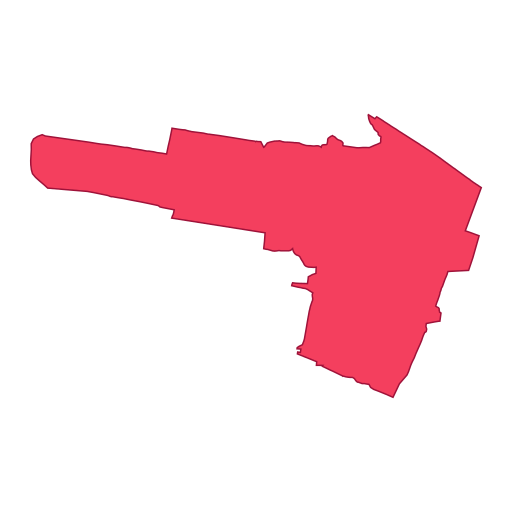 outline of Ghindeni, Dolj, Romania
{"feature_id": "2599482B6715750772475", "entity_name": "Ghindeni", "entity_type": "district", "adm_level": 2, "iso_a3": "ROU", "parent_name": "Romania", "parent_adm1": "Dolj", "projection": "natural_earth1", "projection_center": [23.924, 44.199], "detail": "fine", "context": "isolated", "style": "filled", "palette": "rose", "viewbox_px": 512, "rotation_deg": 0, "n_neighbors": 0, "source": "geoboundaries", "source_scale": "gbopen_adm2", "svg_char_len": 6100}
<svg xmlns="http://www.w3.org/2000/svg" viewBox="0 0 512 512"><path d="M385.9,394.2L393.0,397.3L396.0,391.0L399.4,383.8L407.0,375.0L407.5,373.9L408.5,371.7L410.7,365.4L411.4,363.7L412.3,361.7L414.3,357.7L415.8,353.8L418.3,348.1L420.1,344.1L421.6,340.5L422.8,336.9L423.6,334.9L424.8,332.3L425.6,332.1L426.2,331.5L426.4,330.6L426.7,329.1L425.9,326.3L426.3,323.5L434.7,321.9L439.0,321.2L439.9,321.2L441.0,313.0L439.6,312.2L439.6,311.6L439.2,310.4L439.2,308.9L438.5,307.7L437.2,307.1L436.1,306.4L435.7,306.1L436.6,303.1L437.7,300.3L439.3,295.7L439.9,293.5L440.0,292.4L440.8,290.6L441.4,288.2L442.4,286.5L444.6,280.3L445.3,278.5L446.0,277.0L447.1,274.3L447.3,273.4L447.9,271.5L452.9,271.2L468.6,270.4L472.9,257.6L479.1,235.8L470.8,232.7L465.3,230.8L481.3,187.6L478.4,185.7L478.2,185.5L477.3,184.9L476.4,184.4L475.6,183.8L474.7,183.2L473.7,182.6L472.9,182.0L472.1,181.4L471.2,180.8L470.4,180.2L469.7,179.5L468.0,178.4L467.1,177.8L466.3,177.2L464.6,176.0L462.9,174.7L462.0,174.1L461.1,173.4L460.2,172.8L459.3,172.1L458.4,171.5L457.5,170.8L456.5,170.1L455.6,169.4L454.7,168.7L453.7,168.1L452.7,167.4L451.8,166.7L449.9,165.3L449.0,164.7L448.1,164.0L447.2,163.3L446.1,162.6L445.1,161.8L444.1,161.1L443.1,160.3L442.1,159.6L441.2,158.9L436.1,155.3L435.1,154.6L434.1,153.9L433.1,153.2L431.0,151.8L430.0,151.2L429.0,150.5L425.9,148.5L424.9,147.8L422.8,146.4L421.7,145.8L420.6,145.1L419.6,144.3L418.5,143.6L415.3,141.6L414.2,140.9L412.0,139.5L410.9,138.8L409.8,138.1L408.9,137.5L407.0,136.3L406.1,135.7L404.2,134.5L403.2,133.9L402.2,133.2L400.1,131.9L399.1,131.3L398.1,130.6L397.1,129.9L396.5,129.5L396.1,129.2L395.1,128.6L394.1,128.0L393.1,127.4L392.5,127.0L392.0,126.7L390.9,126.0L389.9,125.3L388.9,124.6L387.9,124.0L386.9,123.3L385.7,122.6L385.1,122.2L383.8,121.4L383.4,121.0L379.8,118.7L376.7,116.8L374.9,118.7L368.4,114.7L368.2,115.1L368.5,116.7L368.6,117.7L368.7,118.6L369.6,121.3L370.4,123.0L370.9,123.8L371.4,124.3L372.1,124.7L372.8,125.9L373.8,128.0L374.3,129.1L374.5,129.4L375.1,130.0L377.5,132.0L378.0,132.4L378.2,132.8L378.1,133.5L378.1,134.0L378.3,134.6L379.0,135.3L379.3,135.7L379.5,135.9L380.2,136.2L380.7,136.4L380.9,136.7L381.0,137.1L380.9,137.6L380.8,138.3L380.7,139.1L380.7,141.1L380.7,141.8L380.4,142.8L376.9,144.4L374.5,145.3L369.3,147.6L366.3,147.5L362.7,147.5L360.1,147.7L358.4,147.8L356.5,147.7L350.9,146.9L343.1,145.8L342.8,145.2L343.0,143.6L343.0,143.0L342.0,141.7L341.5,141.2L340.2,140.5L338.2,139.8L337.4,139.3L336.5,138.6L335.9,138.0L335.4,137.4L334.4,136.7L333.5,136.3L332.8,135.9L332.5,135.6L331.7,136.0L330.7,136.4L328.4,138.1L327.9,138.8L327.7,139.4L327.6,141.2L327.3,142.9L327.0,144.1L326.9,144.2L326.6,144.5L326.3,144.6L325.2,144.7L323.9,144.7L322.7,144.9L322.0,145.3L321.7,145.8L321.5,146.2L321.3,146.7L321.2,147.2L320.5,146.7L319.5,146.3L318.7,146.0L318.1,145.8L316.4,145.8L315.4,145.9L314.5,146.0L313.3,146.0L311.9,145.9L310.5,145.7L309.7,145.7L308.9,145.7L308.0,145.6L307.2,145.6L306.3,145.5L305.4,145.3L302.4,144.4L300.0,143.4L299.3,143.0L298.4,142.9L295.9,142.7L294.3,142.7L293.3,142.5L289.0,142.2L284.7,142.1L282.2,141.6L281.4,141.3L279.7,140.8L277.5,141.0L274.5,141.1L269.9,142.1L267.3,143.0L264.3,146.9L263.7,147.3L260.8,141.7L259.8,141.6L258.5,141.6L257.4,141.5L257.0,141.4L256.7,141.3L256.4,141.3L255.6,141.7L255.2,141.3L254.3,141.1L252.1,140.8L248.9,140.4L246.1,139.9L235.2,138.1L218.9,135.5L212.1,134.6L210.6,134.4L209.4,134.2L208.6,134.2L207.9,134.1L207.3,134.0L205.1,133.5L203.4,133.1L191.4,131.6L190.8,131.4L189.3,131.1L186.9,130.5L185.0,129.9L183.0,129.8L181.3,129.6L178.9,129.3L172.0,128.2L171.8,129.5L170.5,135.9L169.7,139.9L168.3,145.8L166.6,154.0L162.0,153.2L157.0,152.6L154.6,152.0L153.1,151.7L150.9,151.4L149.0,151.1L147.4,151.1L145.9,150.9L142.9,150.3L141.5,150.0L135.8,149.1L131.9,148.6L131.0,148.2L128.2,147.6L126.7,147.4L125.5,147.4L124.6,147.4L115.3,145.9L107.1,144.7L101.1,144.1L97.0,143.5L89.1,142.2L78.6,140.7L45.3,136.0L42.2,134.7L37.4,136.5L33.5,139.0L31.2,143.7L31.3,149.7L31.0,155.0L30.7,160.6L30.8,164.8L31.4,169.8L32.5,173.7L35.5,177.3L39.6,181.0L44.1,184.8L47.7,188.1L87.2,191.4L93.3,192.5L107.5,195.4L109.3,196.0L110.1,196.4L111.5,196.7L112.4,196.7L113.2,196.7L113.7,196.9L117.7,197.6L120.1,198.0L123.4,198.5L130.2,199.9L140.3,201.8L146.7,203.1L158.0,205.5L159.0,206.1L159.8,206.9L162.3,207.5L174.2,209.8L173.8,212.0L173.2,214.5L172.4,216.0L171.7,218.1L265.1,232.8L264.5,241.3L263.7,248.7L266.3,249.3L267.6,249.4L269.6,250.0L272.6,250.9L274.7,251.1L276.7,250.9L278.5,250.6L279.5,250.6L281.0,250.8L282.8,250.8L286.0,250.8L288.7,250.8L290.1,250.5L290.8,250.3L291.2,249.8L292.6,248.6L292.7,249.3L293.2,250.9L293.5,251.5L293.9,252.3L294.7,253.5L295.1,253.9L295.8,254.5L296.8,255.1L297.5,255.3L298.1,255.5L298.7,255.8L299.4,256.3L299.8,256.7L300.1,257.3L300.6,258.2L300.9,258.8L301.8,260.3L302.5,261.3L303.0,262.2L303.5,263.0L303.8,263.7L304.2,264.5L304.9,265.4L305.9,266.2L307.1,266.7L308.6,267.1L310.7,267.2L312.4,267.3L313.9,267.4L316.2,267.2L315.9,273.4L312.3,274.6L310.4,275.7L309.0,276.4L308.3,276.8L308.1,279.0L307.5,283.6L304.4,283.5L299.7,283.4L295.9,283.2L292.6,282.8L292.4,283.5L292.0,284.2L291.9,284.6L291.8,285.2L291.7,285.7L298.1,287.2L300.6,287.6L302.9,288.2L305.3,288.5L307.6,289.5L309.9,291.0L312.8,292.8L312.2,294.7L312.4,296.7L312.7,298.4L312.6,299.9L312.4,300.9L312.0,301.6L310.5,306.1L310.1,307.6L309.8,309.1L309.3,311.0L309.0,312.6L308.5,315.5L308.1,317.6L307.0,323.9L306.5,327.0L304.4,339.0L303.8,341.1L302.4,344.7L301.4,345.2L299.1,346.3L297.2,347.6L297.0,348.8L300.9,349.1L300.4,352.4L297.7,352.0L297.4,353.9L316.7,361.7L316.7,361.9L316.4,365.3L322.8,365.4L322.2,366.1L322.4,366.3L326.2,368.1L330.7,370.3L332.6,371.1L336.7,373.1L342.1,375.7L342.7,376.0L342.8,376.2L343.0,376.1L344.0,376.3L345.7,376.8L346.9,377.0L348.2,377.2L349.2,377.3L350.4,377.4L351.1,377.4L352.3,377.4L352.9,377.6L354.0,378.3L354.4,378.6L354.7,379.0L355.3,379.9L355.8,380.6L356.5,381.4L357.0,381.8L357.7,382.2L358.4,382.2L359.4,382.6L360.3,382.9L361.6,383.4L361.8,383.5L362.5,383.6L364.5,383.6L366.0,383.9L368.5,384.3L369.0,384.4L370.6,387.4L373.7,389.4L376.4,390.4L379.0,391.4L385.9,394.2Z" fill="#f43f5e" stroke="#9f1239" stroke-width="1.5"/></svg>